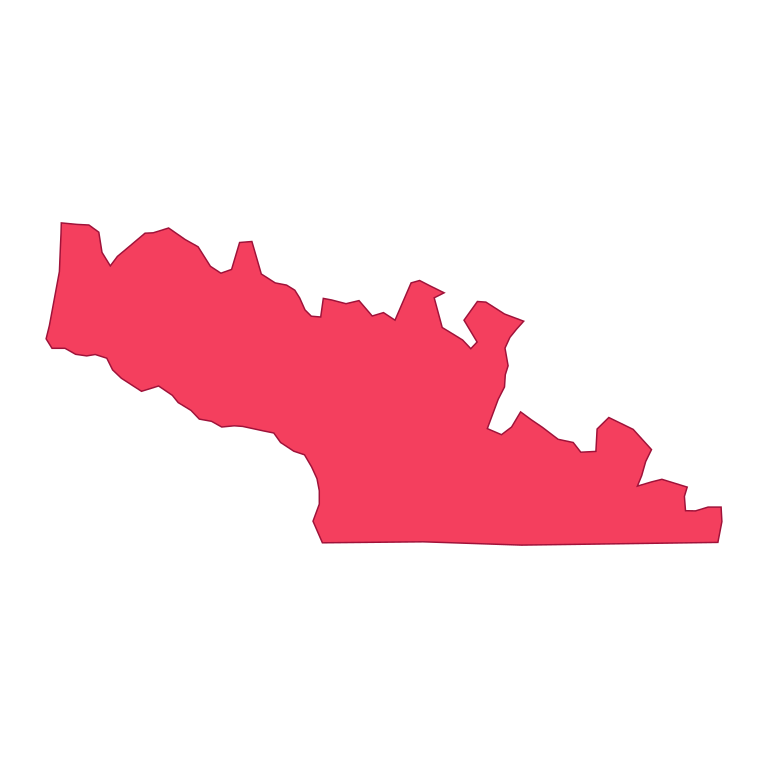 outline of Entre Rios do Oeste, Paraná, Brazil
{"feature_id": "56859067B61468544872659", "entity_name": "Entre Rios do Oeste", "entity_type": "district", "adm_level": 2, "iso_a3": "BRA", "parent_name": "Brazil", "parent_adm1": "Paraná", "projection": "robinson", "projection_center": [-54.223, -24.708], "detail": "fine", "context": "isolated", "style": "filled", "palette": "rose", "viewbox_px": 768, "rotation_deg": 0, "n_neighbors": 0, "source": "geoboundaries", "source_scale": "gbopen_adm2", "svg_char_len": 1546}
<svg xmlns="http://www.w3.org/2000/svg" viewBox="0 0 768 768"><path d="M485.9,302.1L477.4,301.5L464.0,320.2L477.1,342.0L470.8,348.7L462.6,340.0L442.2,327.5L434.2,297.8L444.1,292.8L430.5,286.1L419.6,280.5L411.1,282.9L395.0,320.2L383.5,312.6L372.2,316.0L359.0,300.6L346.0,303.7L331.8,300.0L323.3,298.4L320.7,317.0L311.3,316.2L305.0,309.9L299.7,298.0L294.8,290.2L286.6,285.1L275.2,282.9L261.3,274.0L251.9,241.5L239.6,242.5L231.6,269.4L220.9,273.2L210.4,266.3L198.1,246.8L185.1,239.5L168.6,228.0L153.2,232.8L145.0,233.2L129.6,246.2L117.4,256.4L110.3,265.9L102.0,252.4L98.8,232.2L88.9,225.0L77.0,224.4L61.3,222.9L61.0,233.8L60.5,245.1L59.4,271.6L49.4,325.5L46.1,338.8L52.0,348.3L65.0,348.3L75.6,354.3L86.7,355.9L95.2,354.5L106.8,358.2L112.6,369.9L121.4,378.3L141.5,391.3L158.6,386.0L172.3,395.3L178.2,402.6L191.0,410.4L199.3,419.1L211.5,421.3L221.7,427.0L234.2,425.8L242.6,426.4L263.9,431.0L273.8,433.0L280.6,442.5L293.8,451.2L304.5,454.8L311.6,466.9L317.0,478.7L319.3,490.8L319.3,504.1L313.0,521.2L322.4,542.8L423.1,541.8L521.5,545.1L717.9,542.4L721.9,521.6L721.1,507.1L708.0,507.1L695.5,510.9L685.5,510.7L684.4,496.4L687.2,487.1L661.9,479.3L651.5,481.9L637.4,486.1L641.7,475.6L645.7,461.5L651.5,449.6L633.2,429.4L608.8,417.5L597.1,429.0L595.9,451.4L580.8,452.2L573.2,442.5L558.1,439.3L542.5,427.4L531.2,419.7L520.6,411.9L511.6,427.0L501.5,434.7L487.3,428.6L498.2,399.3L504.5,387.0L505.3,374.7L508.1,365.8L505.0,348.1L509.9,337.4L516.6,329.1L523.7,321.2L504.5,314.0L493.4,306.9L485.9,302.1Z" fill="#f43f5e" stroke="#9f1239" stroke-width="1.5"/></svg>